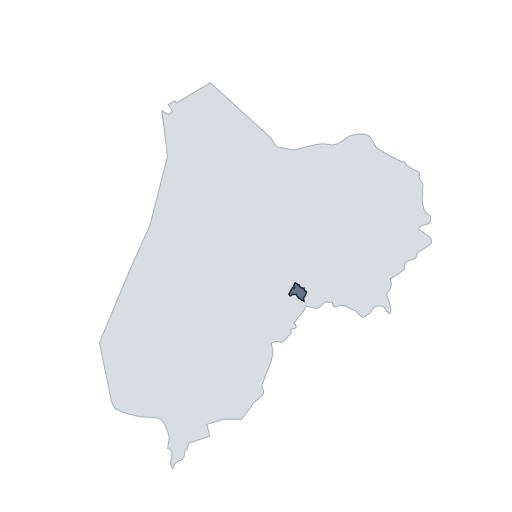 location of Al-Muqdadiya, Diyala, Iraq, rotated 73°
{"feature_id": "34846034B81294640274407", "entity_name": "Al-Muqdadiya", "entity_type": "district", "adm_level": 2, "iso_a3": "IRQ", "parent_name": "Iraq", "parent_adm1": "Diyala", "projection": "robinson", "projection_center": [44.954, 33.88], "detail": "fine", "context": "in_parent", "style": "filled", "palette": "slate", "viewbox_px": 512, "rotation_deg": 73, "n_neighbors": 0, "source": "geoboundaries", "source_scale": "gbopen_adm2", "svg_char_len": 4521}
<svg xmlns="http://www.w3.org/2000/svg" viewBox="0 0 512 512"><g transform="rotate(73 256 256)"><path d="M209.2,86.6L212.6,85.8L219.1,80.5L223.0,75.6L224.2,75.2L227.6,76.8L230.0,77.2L235.6,75.4L238.9,76.4L241.7,77.6L243.3,77.7L250.8,80.7L252.6,81.1L256.5,81.5L262.3,81.6L266.0,79.7L268.6,77.7L270.5,77.8L272.3,78.2L273.8,79.1L275.0,80.5L275.6,82.5L275.4,89.1L275.9,90.8L276.9,92.1L278.2,92.3L279.8,90.9L282.6,88.8L286.0,86.5L288.5,84.5L289.9,83.7L292.2,83.8L294.4,84.2L295.6,85.2L295.6,85.5L296.8,88.6L299.8,100.1L301.5,101.5L303.4,102.7L304.8,104.4L305.3,106.2L305.1,108.8L305.2,111.9L306.0,114.3L307.1,116.1L308.1,117.0L309.7,117.1L311.5,117.5L312.8,119.3L316.7,132.4L317.1,134.1L318.8,134.6L321.5,134.4L324.4,135.8L327.4,137.9L330.2,141.9L332.1,142.5L338.1,141.9L346.3,142.6L350.1,144.6L349.7,145.9L346.8,147.3L341.6,149.0L340.1,151.8L339.2,155.4L339.4,157.5L340.7,159.7L344.4,164.2L344.6,165.8L345.2,168.1L345.9,169.6L345.2,172.6L341.9,174.7L337.5,177.0L328.7,187.0L328.0,189.1L328.1,195.1L327.2,196.8L324.5,196.7L322.3,196.4L322.2,198.5L320.8,201.3L320.0,203.7L323.2,209.4L323.8,212.4L323.3,215.1L320.3,219.8L318.5,223.0L319.0,223.7L321.3,225.0L328.6,235.4L331.0,239.1L334.1,238.1L335.2,238.2L336.2,238.8L336.7,240.0L336.7,241.5L335.9,243.9L339.9,244.8L341.3,247.2L345.9,255.3L345.8,257.7L343.6,261.6L343.6,264.1L344.0,266.4L344.8,267.2L351.5,267.5L354.4,268.4L361.5,272.6L369.5,278.9L376.1,284.1L381.8,288.6L387.8,288.2L389.4,289.0L390.9,290.4L392.7,294.1L396.2,302.3L399.1,305.1L403.7,311.7L408.0,317.8L405.3,326.3L402.6,335.0L402.7,346.3L402.7,352.3L408.5,352.6L414.9,352.9L415.0,360.1L415.2,367.4L415.3,375.7L417.2,376.1L420.2,377.9L421.5,380.5L423.2,382.0L425.1,382.3L427.0,383.6L429.0,386.0L429.7,387.8L429.2,389.0L429.6,391.2L431.0,394.4L432.6,395.8L435.1,397.7L431.7,398.7L428.1,397.9L420.2,394.2L417.6,394.1L414.3,395.5L414.2,396.8L405.8,392.7L402.8,391.8L401.7,391.8L397.0,391.8L390.2,392.5L386.2,394.2L383.5,396.0L382.2,397.7L381.8,398.6L379.6,403.7L377.2,410.3L374.6,416.2L369.6,424.4L366.8,428.3L360.8,435.4L354.4,436.8L339.3,435.4L322.6,433.8L306.0,432.3L293.6,431.1L292.7,430.8L280.5,420.6L270.8,412.6L258.8,402.6L246.5,392.4L234.1,382.0L225.1,374.4L214.2,364.7L204.3,355.9L196.4,348.9L186.4,342.8L178.5,338.1L167.1,331.1L158.0,325.6L150.2,320.8L138.2,313.5L134.2,311.5L121.7,309.1L109.9,307.0L97.6,304.9L89.5,303.5L95.0,298.3L93.4,293.6L89.4,294.5L85.8,295.6L83.7,288.3L86.5,287.4L84.1,277.9L81.7,268.2L79.3,258.7L76.9,249.1L87.3,242.9L95.1,238.3L106.0,231.8L116.5,225.6L126.5,219.7L137.5,213.1L147.3,207.3L156.3,204.9L158.2,203.1L162.4,195.1L165.9,188.3L166.1,186.7L166.2,177.0L167.0,165.7L168.2,159.6L170.3,154.3L172.2,150.4L172.4,146.7L172.2,143.0L170.4,137.4L168.5,131.6L168.8,126.0L169.2,122.9L170.5,118.1L172.7,114.6L175.0,112.4L183.4,110.2L188.4,108.8L195.1,102.6L199.1,98.9L204.7,93.0L208.8,88.7L209.2,87.2L209.2,86.6Z" fill="#d9dde1" stroke="#a8b0b8" stroke-width="1"/><path d="M293.5,227.1L293.8,227.3L294.8,227.9L295.6,228.5L295.9,228.7L296.2,228.7L296.3,228.7L296.6,228.7L296.9,228.6L297.1,228.5L297.7,228.6L297.9,228.7L297.6,229.1L297.1,229.7L296.9,230.0L297.1,230.1L297.1,230.3L297.4,230.8L298.1,231.5L298.7,232.0L299.1,232.6L299.5,233.1L299.9,233.5L300.4,233.8L301.0,234.4L301.2,234.5L301.4,234.8L301.8,235.5L302.0,235.8L302.3,235.8L302.5,235.6L302.9,235.4L303.3,235.3L303.6,235.3L303.9,235.2L304.1,234.6L304.1,234.0L304.1,233.8L303.9,233.4L303.7,233.2L303.6,232.9L303.6,232.7L303.6,232.4L303.6,232.0L303.7,231.5L303.8,231.2L303.9,230.9L303.8,230.7L303.8,230.4L303.8,230.2L304.1,230.0L304.2,229.8L304.4,229.4L304.5,229.1L304.6,228.8L304.9,228.7L305.1,228.6L305.7,228.6L305.9,228.5L306.3,228.3L306.7,228.1L306.9,228.0L307.1,228.0L307.4,227.9L308.2,227.7L308.6,227.5L309.0,227.3L309.1,227.1L309.4,226.7L309.6,226.4L310.0,226.1L310.7,225.8L311.3,225.4L311.8,225.3L311.9,224.8L311.9,224.5L311.9,224.2L312.0,224.0L312.1,223.8L312.2,223.7L312.6,223.6L312.8,223.6L313.2,223.3L312.5,223.2L312.0,223.1L311.4,223.1L310.5,223.2L309.6,222.2L308.7,221.2L307.9,220.5L307.0,219.6L306.5,219.2L306.3,219.0L305.7,218.6L305.4,218.2L304.2,218.7L303.7,219.4L303.5,219.6L302.7,219.6L301.9,219.5L301.5,219.5L300.9,219.5L301.1,220.4L300.6,220.4L299.7,221.4L299.5,221.7L299.4,222.0L299.2,222.2L298.7,222.6L298.2,223.0L297.6,223.5L296.7,223.0L295.9,223.7L296.1,224.3L295.7,224.5L295.3,224.6L295.0,224.7L294.8,224.7L294.4,225.1L294.1,225.4L293.9,225.7L293.9,225.8L293.9,226.0L293.5,226.2L293.3,226.2L293.4,226.5L293.6,226.7L293.6,226.8L293.5,227.1Z" fill="#64748b" stroke="#1e293b" stroke-width="1.5"/></g></svg>